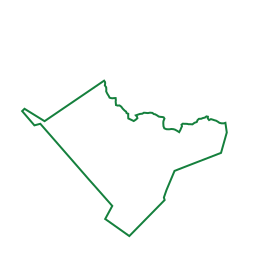 Arraial, Piauí, Brazil, rotated 229°
{"feature_id": "56859067B29996429726150", "entity_name": "Arraial", "entity_type": "district", "adm_level": 2, "iso_a3": "BRA", "parent_name": "Brazil", "parent_adm1": "Piauí", "projection": "albers", "projection_center": [-42.507, -6.65], "detail": "fine", "context": "isolated", "style": "outline", "palette": "green", "viewbox_px": 256, "rotation_deg": 229, "n_neighbors": 0, "source": "geoboundaries", "source_scale": "gbopen_adm2", "svg_char_len": 1427}
<svg xmlns="http://www.w3.org/2000/svg" viewBox="0 0 256 256"><g transform="rotate(229 128 128)"><path d="M45.6,58.1L49.6,108.4L52.0,109.5L55.9,116.3L65.1,135.0L60.4,148.1L57.4,156.4L48.2,181.9L59.8,199.6L68.0,204.9L68.7,203.3L70.0,201.8L71.9,200.4L73.6,200.0L75.7,199.3L77.2,198.3L78.6,197.5L80.3,196.4L80.8,194.4L82.9,194.5L84.1,195.7L85.3,194.8L85.4,192.9L86.5,190.8L86.9,189.4L88.4,187.5L88.3,185.6L87.4,183.8L88.3,181.6L88.5,179.0L90.1,177.4L91.0,176.3L92.4,175.3L93.8,173.7L95.3,172.2L95.4,170.6L93.9,169.9L93.3,168.5L92.2,166.3L91.3,163.9L93.4,163.3L95.9,162.4L97.2,161.6L98.7,160.2L100.1,158.1L101.9,156.2L103.9,155.2L106.0,155.9L108.5,157.8L109.9,159.2L111.2,161.7L112.7,161.9L114.0,160.9L115.0,159.9L116.5,158.7L118.2,158.3L120.5,157.5L121.6,156.6L123.4,156.3L125.1,154.7L126.2,152.8L127.8,151.3L129.1,150.0L129.4,148.2L130.8,146.2L132.4,142.2L130.6,142.2L129.2,141.5L129.2,139.1L129.5,136.9L132.1,135.8L135.0,134.5L136.8,135.9L138.6,137.5L140.2,136.7L141.6,137.3L143.2,136.9L146.1,136.7L148.5,136.9L150.6,136.4L151.7,134.9L153.2,134.0L156.0,136.0L157.0,137.1L158.7,138.3L159.7,137.1L160.7,135.7L161.7,134.8L163.0,134.0L164.9,134.5L167.0,134.8L168.3,135.1L170.0,135.6L171.3,136.9L173.0,138.2L175.4,138.5L176.4,139.8L177.7,140.8L179.4,141.0L187.9,69.5L210.4,62.5L210.2,59.2L191.4,59.1L188.7,64.6L130.3,64.7L114.1,64.7L107.0,64.8L79.5,65.0L74.3,51.1L45.6,58.1Z" fill="none" stroke="#15803d" stroke-width="2"/></g></svg>